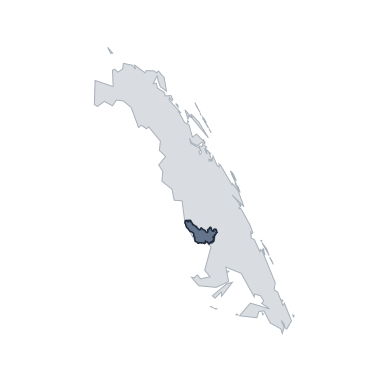 Chita on a map of Russia (Equal Earth projection), rotated 62°
{"feature_id": "RUS-2610", "entity_name": "Chita", "entity_type": "Region", "adm_level": 1, "iso_a3": "RUS", "parent_name": "Russia", "parent_adm1": "", "projection": "equal_earth", "projection_center": [116.487, 53.771], "detail": "fine", "context": "in_parent", "style": "filled", "palette": "slate", "viewbox_px": 384, "rotation_deg": 62, "n_neighbors": 0, "source": "natural_earth", "source_scale": "10m", "svg_char_len": 8533}
<svg xmlns="http://www.w3.org/2000/svg" viewBox="0 0 384 384"><g transform="rotate(62 192 192)"><path d="M277.9,230.1L267.0,232.5L268.8,230.5L267.8,226.1L272.7,225.2L275.3,215.9L267.0,217.5L249.4,201.0L241.8,203.1L243.2,205.3L237.1,212.3L216.2,212.8L195.1,204.9L190.9,211.6L180.2,208.4L168.2,213.5L160.2,208.1L152.5,208.7L148.3,198.6L140.0,201.3L132.2,196.0L114.1,199.7L114.9,202.5L109.3,205.4L110.0,208.9L88.6,206.0L79.4,209.9L75.3,215.5L78.6,221.7L70.8,226.9L72.1,235.3L69.0,237.2L48.0,225.2L61.9,212.1L47.1,205.0L47.5,202.4L51.3,201.3L50.9,195.6L46.2,192.2L52.3,184.9L57.0,184.4L53.1,183.0L64.9,177.4L63.3,175.6L67.1,168.8L70.2,167.3L69.4,164.8L77.9,162.9L91.1,167.2L84.1,170.5L76.9,169.5L74.8,168.4L73.0,168.3L78.1,175.4L79.2,172.4L83.9,173.7L91.6,169.6L94.5,170.7L97.0,165.3L101.5,165.7L102.1,166.9L98.1,167.8L100.2,169.0L117.0,164.7L115.0,166.1L127.3,165.9L131.2,163.1L143.8,165.9L143.0,160.8L153.4,157.7L155.5,158.1L152.8,160.1L153.5,165.6L148.0,169.3L143.3,169.0L148.6,170.2L156.7,164.9L159.2,164.7L159.6,167.0L162.8,167.4L161.4,164.8L154.4,164.3L156.6,161.7L155.0,160.2L159.2,157.9L159.7,160.5L164.2,161.1L165.5,161.0L160.7,159.4L165.5,158.5L173.4,159.7L171.0,161.7L172.3,162.6L174.2,159.8L170.1,156.6L180.7,157.4L182.6,156.3L179.9,155.0L182.3,154.2L204.4,153.3L203.4,152.4L212.6,150.7L229.4,153.1L213.6,157.9L222.9,155.9L227.8,156.1L227.9,157.8L228.2,158.1L228.9,158.1L229.6,156.6L248.2,156.3L256.5,157.4L257.0,159.1L254.2,158.5L260.6,161.4L263.2,159.3L276.6,160.1L274.8,158.7L277.5,157.7L311.1,161.1L317.1,165.5L320.4,163.3L335.0,165.0L333.5,162.6L352.5,164.7L357.5,172.7L355.2,173.7L351.4,172.6L347.3,173.5L354.9,174.2L359.3,178.8L354.6,177.8L344.4,184.4L330.8,184.3L328.9,189.1L333.5,193.8L323.6,208.1L317.5,192.6L331.7,178.4L322.9,182.8L322.0,179.8L315.7,180.3L311.5,184.7L313.8,186.3L286.8,186.8L274.2,197.5L288.3,201.7L287.6,215.4L277.9,230.1ZM151.9,152.1L127.2,157.1L122.6,156.3L133.7,153.2L151.9,152.1ZM290.7,198.7L298.0,214.8L294.1,213.2L296.5,221.5L293.2,222.8L289.4,204.5L290.7,198.7ZM116.1,159.6L126.7,157.2L123.2,159.3L126.1,161.4L116.1,159.6ZM269.7,154.0L277.3,152.8L284.3,153.7L269.7,154.0ZM197.9,148.1L205.9,149.3L194.5,148.7L197.9,148.1ZM195.4,147.1L202.8,147.5L192.1,147.8L195.4,147.1ZM208.8,148.9L215.0,149.7L204.6,150.4L208.8,148.9ZM285.9,154.2L289.7,153.8L294.1,154.2L285.9,154.2ZM24.7,198.5L32.2,196.9L31.3,198.8L24.7,198.5ZM121.2,147.6L125.7,147.5L117.0,147.9L121.2,147.6ZM277.6,156.2L282.1,157.1L275.3,156.9L277.6,156.2ZM110.6,164.3L107.5,165.1L106.7,164.6L108.6,163.7L110.6,164.3ZM129.8,147.4L133.9,147.2L135.8,147.4L129.8,147.4ZM143.3,147.3L141.2,147.7L138.3,147.6L139.2,147.3L143.3,147.3ZM147.2,147.4L143.9,147.3L148.8,147.2L147.2,147.4ZM128.4,161.9L128.8,163.3L127.1,162.3L128.4,161.9ZM195.8,148.3L193.0,148.5L191.3,148.2L195.8,148.3ZM132.5,146.9L137.7,146.8L135.6,147.1L132.5,146.9ZM350.0,161.0L347.4,160.8L349.3,160.0L350.0,161.0ZM117.6,147.4L120.6,147.5L114.3,147.5L117.6,147.4ZM153.8,157.3L150.7,157.4L153.9,157.2L153.8,157.3ZM226.2,155.1L227.4,155.8L225.1,155.4L226.2,155.1ZM331.8,163.0L330.0,163.4L328.8,163.1L331.8,163.0ZM136.7,147.8L134.4,147.7L138.1,147.8L136.7,147.8ZM136.6,147.1L137.9,147.3L135.2,147.2L136.6,147.1ZM307.0,224.4L306.6,225.7L305.1,227.4L307.0,224.4ZM132.7,147.8L134.1,148.1L132.0,148.1L132.7,147.8ZM165.4,158.4L163.0,158.7L162.6,158.7L165.4,158.4ZM333.7,187.1L331.8,186.7L333.2,186.2L333.7,187.1ZM277.1,155.5L276.3,156.1L275.7,155.7L277.1,155.5ZM279.2,196.6L279.7,198.0L278.6,197.6L279.2,196.6ZM322.3,208.7L321.2,210.8L320.6,210.1L322.3,208.7ZM129.0,147.9L126.9,148.0L126.3,147.9L129.0,147.9ZM167.2,157.4L166.5,158.0L166.1,157.8L167.2,157.4ZM268.3,153.6L267.1,153.9L267.4,153.2L268.3,153.6ZM302.0,229.0L304.4,227.3L302.0,229.4L302.0,229.0Z" fill="#d9dde1" stroke="#a8b0b8" stroke-width="1"/><path d="M229.4,210.2L229.0,210.1L228.3,210.4L228.0,210.6L227.8,210.7L227.4,210.8L226.5,211.4L226.3,211.8L226.2,212.0L225.6,212.3L225.4,212.3L224.9,212.2L223.9,212.6L223.1,212.6L222.6,212.8L222.3,212.7L222.2,212.8L221.9,212.9L221.2,213.3L220.8,213.4L220.3,213.2L220.1,213.1L219.9,213.2L219.7,213.3L218.9,213.1L218.7,213.0L218.2,213.0L218.1,212.9L217.7,212.8L217.1,212.8L216.9,212.7L216.0,212.8L215.6,212.5L215.4,212.2L215.1,212.2L214.9,212.0L214.9,211.9L214.7,211.8L214.8,211.6L214.7,211.3L214.8,211.1L214.3,211.0L214.4,210.8L214.5,210.6L214.4,210.6L214.4,210.4L214.5,210.4L214.8,210.3L214.9,209.9L215.1,209.9L215.2,210.0L215.4,209.7L215.7,209.7L215.9,209.6L216.3,209.6L216.5,209.5L216.5,209.4L216.2,209.4L215.9,209.1L215.4,209.0L215.2,208.7L215.6,208.5L215.8,207.9L216.2,207.9L216.3,207.7L215.9,207.3L216.1,207.1L216.2,206.9L216.3,206.9L216.3,206.7L216.5,206.6L216.8,206.8L217.2,206.8L217.5,206.6L217.9,207.0L218.1,206.9L218.1,207.0L218.3,206.9L218.7,206.8L219.5,206.4L220.4,206.4L220.5,206.6L220.8,206.6L221.1,206.6L221.3,206.4L221.5,206.4L221.5,206.2L221.8,206.0L221.8,205.9L223.1,205.4L223.4,205.2L223.6,205.0L223.8,204.9L223.9,204.7L224.1,204.6L224.4,204.4L224.5,204.6L224.9,204.7L225.1,204.5L225.2,204.4L225.3,204.3L226.1,204.3L226.6,204.0L226.9,203.9L227.4,203.9L227.5,204.0L227.9,203.7L228.4,203.5L228.7,203.3L229.0,203.0L229.0,202.8L229.0,202.7L229.1,202.4L229.0,202.2L228.9,202.3L228.9,202.0L228.7,201.9L228.4,201.7L228.2,201.4L228.1,201.2L228.3,201.1L228.1,200.8L228.1,200.7L228.5,200.6L228.7,200.4L228.9,200.3L229.0,200.4L229.4,200.2L229.6,200.2L229.9,199.9L230.1,199.9L230.4,199.8L230.6,199.7L230.8,199.6L231.1,199.3L231.1,199.2L231.8,198.9L231.8,198.7L232.1,198.6L233.3,198.3L234.0,198.4L234.4,198.2L234.5,198.1L234.6,197.9L234.8,197.8L234.8,197.6L234.9,197.4L234.8,197.1L234.7,197.0L234.7,196.9L234.6,196.7L234.4,196.7L233.9,196.4L233.9,196.2L233.7,196.0L233.2,196.1L232.8,196.0L232.8,195.9L232.7,195.6L232.7,195.4L232.6,195.2L232.6,194.8L232.7,194.7L232.5,194.4L232.4,194.2L232.5,194.2L232.4,194.0L232.6,194.0L232.4,193.9L232.2,193.6L232.3,193.3L232.5,193.3L232.5,193.2L232.2,193.1L232.2,192.9L231.8,192.8L231.7,192.8L231.7,192.6L232.0,192.5L232.1,192.3L232.0,192.1L232.3,191.9L232.6,192.0L232.8,192.2L233.0,192.2L233.2,192.3L233.7,192.2L234.0,192.4L234.1,192.5L234.5,192.5L235.0,192.4L235.3,192.3L235.4,192.2L235.7,192.0L235.8,192.1L235.9,192.3L236.0,192.3L236.0,192.2L236.4,191.9L236.5,191.8L236.4,191.7L236.6,191.3L236.7,191.1L236.3,191.0L236.2,191.2L235.9,191.2L235.7,190.9L235.7,190.7L235.6,190.4L235.3,190.2L235.2,189.8L235.3,189.7L235.7,189.7L235.9,189.5L235.8,189.3L235.8,189.2L235.9,188.9L236.2,188.9L236.0,188.5L236.4,188.3L237.1,188.3L237.3,188.4L237.7,188.4L237.9,188.6L238.4,188.8L238.7,188.8L239.4,188.7L239.5,188.9L239.5,189.1L239.5,189.3L239.4,189.8L239.3,190.0L239.5,190.1L239.6,190.4L239.5,190.5L239.8,190.3L240.1,190.3L240.2,190.5L240.2,190.9L240.4,191.0L240.5,191.2L240.7,191.4L240.5,191.6L240.5,191.8L240.9,191.9L241.0,192.1L240.7,192.3L240.7,192.5L240.9,192.5L241.1,192.7L241.0,192.8L241.2,193.0L241.3,193.2L242.0,193.2L242.0,193.4L241.9,193.4L242.3,193.5L242.2,193.6L242.3,193.6L242.5,193.7L242.5,193.8L241.9,193.9L241.7,194.1L241.8,194.5L241.7,194.7L241.8,194.8L242.0,194.7L242.3,194.8L243.3,194.4L243.5,194.4L244.0,194.4L244.1,194.6L244.2,194.8L244.3,194.9L244.2,195.1L244.3,195.5L244.5,195.8L244.6,195.7L244.8,195.7L245.1,195.5L245.3,195.5L245.5,195.5L245.7,195.8L245.6,196.5L245.8,196.6L245.6,196.8L245.7,197.1L245.3,197.4L245.1,197.5L245.1,197.8L245.2,197.7L245.6,197.6L245.7,197.9L245.6,198.0L245.9,198.4L246.1,198.5L245.6,198.8L245.6,198.6L245.4,198.6L245.2,198.6L245.1,198.8L245.3,199.0L245.3,199.4L245.1,199.4L245.1,199.5L245.3,199.9L245.5,199.9L245.8,200.2L245.8,200.5L245.8,200.8L245.9,201.0L246.0,201.1L246.0,201.3L245.7,201.3L245.2,201.4L244.9,201.6L244.5,201.6L244.2,201.7L243.9,201.7L243.5,201.7L243.4,201.8L243.2,202.0L242.6,202.5L242.2,202.8L241.7,203.1L241.8,203.3L241.7,203.5L241.8,203.6L242.0,203.6L242.6,203.5L243.2,203.7L243.2,204.0L243.0,204.3L243.3,204.6L243.4,204.9L243.2,205.1L243.3,205.3L243.1,205.5L242.8,205.6L242.7,205.7L242.4,205.9L242.1,206.2L241.9,206.2L241.8,206.4L241.8,206.5L241.7,206.7L241.7,206.8L241.5,207.0L241.3,207.3L241.2,207.4L241.3,207.6L241.2,207.6L241.2,207.8L240.7,208.3L240.6,208.5L240.7,208.8L240.2,209.2L240.1,209.6L239.9,209.7L239.9,209.8L240.1,209.9L240.4,209.9L240.4,210.0L240.3,210.5L240.0,210.8L239.8,210.9L239.4,210.9L239.0,211.0L238.8,211.0L238.5,211.2L238.4,211.3L238.2,211.4L238.2,211.5L237.9,211.7L237.8,211.8L237.1,212.2L237.1,212.3L236.8,212.3L236.2,212.0L235.7,212.0L235.2,211.8L234.5,211.4L234.1,211.1L233.3,210.8L233.0,210.9L232.2,211.2L231.5,211.2L231.1,211.0L230.6,210.5L230.1,210.2L229.8,210.2L229.4,210.2Z" fill="#64748b" stroke="#1e293b" stroke-width="1.5"/></g></svg>